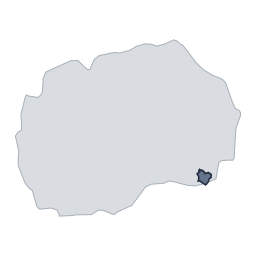 Bogdantsi, Bogdanci, North Macedonia (highlighted)
{"feature_id": "65306769B60147523647729", "entity_name": "Bogdantsi", "entity_type": "district", "adm_level": 2, "iso_a3": "MKD", "parent_name": "North Macedonia", "parent_adm1": "Bogdanci", "projection": "albers", "projection_center": [22.598, 41.193], "detail": "fine", "context": "in_parent", "style": "filled", "palette": "slate", "viewbox_px": 256, "rotation_deg": 0, "n_neighbors": 0, "source": "geoboundaries", "source_scale": "gbopen_adm2", "svg_char_len": 1729}
<svg xmlns="http://www.w3.org/2000/svg" viewBox="0 0 256 256"><path d="M114.6,52.4L119.4,53.1L130.0,50.2L136.6,46.1L139.9,45.5L144.4,43.9L150.8,44.2L157.3,46.1L165.5,43.7L173.6,39.9L176.9,40.9L180.4,44.2L182.7,45.1L196.1,62.7L203.5,69.8L212.2,75.1L222.1,79.1L225.7,82.8L232.1,101.4L235.2,108.5L239.4,110.6L240.4,112.6L240.6,115.3L235.9,128.5L234.1,157.8L232.9,160.2L227.9,160.1L221.2,160.7L218.7,163.0L216.0,178.8L205.3,183.3L195.5,185.9L187.3,185.3L172.9,181.5L168.2,181.1L164.1,183.2L151.2,184.2L145.5,187.0L132.0,205.3L118.4,211.5L113.8,214.7L103.5,210.5L98.6,210.0L91.4,214.6L75.7,214.9L71.4,215.6L59.3,216.1L58.9,213.6L56.7,209.8L51.1,208.0L39.6,209.2L36.8,206.4L32.4,190.6L28.8,188.0L24.8,182.7L18.2,165.5L18.2,158.0L18.8,151.5L15.4,136.1L17.8,132.3L21.5,130.0L21.6,123.8L20.9,114.4L25.5,96.2L26.7,94.9L27.7,95.8L37.9,97.5L40.6,95.2L42.4,91.6L43.2,78.2L45.8,72.1L70.6,60.7L77.8,60.4L83.3,65.9L87.6,69.5L90.2,69.4L91.3,65.9L94.3,59.3L99.4,55.5L114.4,52.4L114.6,52.4Z" fill="#d9dde1" stroke="#a8b0b8" stroke-width="1"/><path d="M202.7,170.4L202.0,170.7L201.2,170.0L199.8,169.7L199.5,169.4L198.8,170.7L199.1,171.4L199.6,171.7L198.5,172.3L197.8,173.3L197.1,173.7L197.0,174.0L197.3,174.3L198.4,175.9L198.8,177.5L198.6,178.6L198.7,179.5L198.1,181.1L199.9,181.0L203.6,183.7L205.3,184.5L205.5,184.9L206.0,184.5L206.6,184.1L207.2,183.0L207.4,182.8L207.6,182.6L208.2,181.8L208.6,181.1L208.7,180.9L208.8,180.3L208.8,180.1L208.8,179.6L209.0,178.9L209.3,178.6L210.2,178.2L210.6,178.0L211.2,177.2L211.0,176.4L211.3,175.0L211.2,174.6L210.8,174.5L210.6,173.8L208.3,172.5L208.1,173.0L206.1,172.9L205.8,173.2L205.1,173.1L204.9,173.4L204.0,172.0L204.1,171.7L203.1,171.0L202.7,170.4Z" fill="#64748b" stroke="#1e293b" stroke-width="1.5"/></svg>